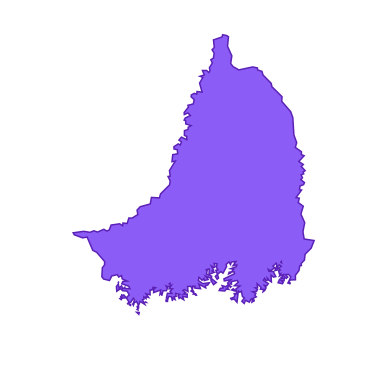 the district of Maracaju, Mato Grosso do Sul, Brazil, rotated 243°
{"feature_id": "56859067B1064226501781", "entity_name": "Maracaju", "entity_type": "district", "adm_level": 2, "iso_a3": "BRA", "parent_name": "Brazil", "parent_adm1": "Mato Grosso do Sul", "projection": "orthographic", "projection_center": [-55.512, -21.462], "detail": "fine", "context": "isolated", "style": "filled", "palette": "violet", "viewbox_px": 384, "rotation_deg": 243, "n_neighbors": 0, "source": "geoboundaries", "source_scale": "gbopen_adm2", "svg_char_len": 5957}
<svg xmlns="http://www.w3.org/2000/svg" viewBox="0 0 384 384"><g transform="rotate(243 192 192)"><path d="M154.6,73.7L150.6,78.3L153.6,82.4L152.3,87.9L149.5,88.1L149.6,91.2L146.2,90.4L142.1,93.8L143.7,89.7L142.1,87.8L136.8,92.8L134.0,92.8L136.4,88.5L137.6,88.9L137.2,86.4L140.4,86.6L139.6,83.4L143.5,84.6L142.1,81.7L137.7,79.9L138.3,84.4L135.5,85.4L133.2,89.1L128.9,89.4L127.6,85.4L122.6,85.9L121.5,83.3L121.5,87.2L123.9,91.5L122.0,91.8L119.4,89.1L119.7,92.9L115.1,92.8L118.0,96.1L113.3,98.9L118.5,98.9L118.3,100.5L120.4,101.5L117.9,102.7L119.5,103.5L117.7,105.5L122.2,104.8L119.4,108.0L123.7,110.1L122.8,111.9L124.8,114.1L123.2,116.1L122.8,113.9L119.8,112.1L118.9,119.6L115.1,116.8L115.6,119.0L113.3,118.0L117.2,121.4L115.7,124.4L118.3,127.3L118.2,131.2L116.1,127.6L114.6,130.6L113.5,127.3L110.8,128.1L112.9,124.1L109.2,121.0L106.7,121.1L109.5,123.6L108.0,126.2L103.9,125.1L105.8,126.9L103.9,128.1L106.8,128.5L106.2,130.5L109.0,131.4L106.4,134.5L105.9,132.4L103.1,132.2L103.6,133.4L99.8,135.7L103.3,136.3L100.4,139.9L103.2,141.4L104.9,138.1L105.2,140.6L108.4,139.3L108.6,140.9L105.1,143.2L109.8,145.2L108.6,148.1L104.9,148.1L107.7,150.0L106.4,151.0L107.4,152.2L105.0,151.0L102.0,155.7L106.9,156.2L100.3,160.7L102.7,161.6L101.9,163.7L103.3,166.3L105.5,159.9L110.2,157.5L112.8,159.5L108.8,160.9L109.5,163.4L107.5,162.7L106.7,166.7L110.9,165.9L106.2,170.0L108.0,171.3L112.4,167.7L115.7,170.3L116.6,168.7L115.6,172.4L110.9,169.8L110.3,175.6L112.6,174.0L112.6,175.8L117.2,175.7L114.7,177.4L115.1,178.8L118.3,179.2L116.7,181.7L113.5,179.5L110.9,179.8L111.4,177.7L107.1,177.3L108.0,181.5L105.6,182.8L109.9,189.0L112.0,189.6L112.9,193.2L109.9,193.4L111.7,195.3L110.2,199.5L107.7,195.1L106.8,198.8L105.3,197.5L106.1,191.6L104.2,194.0L102.9,190.8L101.6,193.4L99.9,192.8L100.1,181.0L98.1,180.4L96.2,186.6L94.7,182.4L92.9,182.3L92.3,179.1L94.9,176.3L92.3,176.2L93.3,173.4L91.9,171.5L88.9,176.3L89.9,178.5L88.6,180.5L90.3,180.0L93.1,184.8L92.1,185.4L94.3,186.4L92.7,192.1L90.7,192.4L89.3,187.2L86.5,192.0L85.7,187.1L81.0,185.5L82.7,182.9L81.1,183.9L79.2,181.8L79.7,178.2L78.2,178.3L77.4,181.0L73.3,182.0L82.8,188.4L81.0,189.1L81.2,191.0L76.1,189.5L73.8,190.5L72.0,186.8L69.0,187.9L71.2,190.5L67.8,193.1L69.7,195.8L69.4,201.7L71.3,201.1L72.7,202.9L75.5,200.7L74.2,204.4L75.4,206.1L77.9,204.8L76.9,207.0L80.7,208.4L75.7,210.2L74.3,208.8L72.7,211.7L70.9,210.1L71.2,212.1L73.0,214.5L76.1,214.0L74.5,215.9L75.7,218.4L80.9,215.5L82.1,217.5L79.5,217.8L79.6,219.9L75.8,221.9L82.0,224.7L79.1,226.0L78.6,228.3L84.3,228.3L86.4,224.5L88.4,224.8L86.2,226.2L86.9,231.2L89.2,230.5L90.4,234.7L88.1,234.4L84.3,230.1L83.7,233.1L86.2,233.5L87.4,236.8L85.3,237.8L84.9,234.4L82.4,235.2L82.2,233.3L79.3,232.7L79.0,234.0L77.4,231.8L77.0,236.0L76.0,235.6L75.2,232.6L73.8,233.7L74.5,230.5L72.1,227.5L69.2,230.9L70.0,232.2L72.3,231.4L71.1,233.7L74.3,235.8L72.2,236.8L72.7,238.7L76.0,237.8L74.8,240.6L71.5,241.5L68.1,237.2L68.9,239.9L66.8,244.3L70.9,246.4L73.4,251.6L77.4,254.6L76.8,256.1L78.7,256.8L80.3,261.3L85.2,264.5L87.8,272.6L93.3,278.8L99.2,270.6L106.2,272.8L113.5,278.5L122.9,279.0L128.8,284.7L134.4,281.9L137.8,284.8L139.8,282.2L144.0,290.5L145.2,288.8L148.3,291.0L147.9,294.7L149.3,296.5L153.7,294.6L154.5,296.9L157.8,297.0L157.5,299.8L159.4,300.1L159.6,302.5L165.1,301.0L166.0,303.7L170.7,301.0L173.4,308.4L175.7,306.4L178.2,307.8L184.8,304.3L188.5,307.7L196.6,308.7L212.5,315.6L218.9,316.4L232.0,313.1L236.1,315.5L249.5,311.0L252.9,311.9L264.0,308.4L267.7,309.1L271.0,305.9L272.9,306.6L275.9,302.8L279.5,289.2L285.1,285.5L288.9,284.8L295.2,289.3L305.7,289.8L313.8,295.0L315.9,293.7L318.2,290.7L316.5,289.1L317.8,280.2L310.6,277.4L309.7,274.5L305.7,274.8L301.6,271.9L301.3,268.8L297.7,268.7L294.8,263.9L291.9,263.1L290.8,261.3L293.6,260.2L295.5,256.5L290.7,256.1L291.5,251.6L289.2,253.7L285.6,248.2L276.4,246.3L279.3,242.1L277.1,240.6L278.9,238.7L278.8,235.5L277.2,234.4L273.3,235.9L269.9,233.1L271.1,227.7L269.3,227.4L266.4,221.1L264.5,220.3L264.3,224.2L260.9,225.3L261.0,219.6L259.6,217.6L258.2,218.7L255.5,217.3L251.6,221.3L251.4,218.0L249.5,216.8L250.1,213.1L245.9,210.9L243.9,212.5L241.0,211.1L245.7,207.5L244.2,203.9L241.4,205.3L239.2,202.9L241.1,201.6L240.6,196.5L238.5,195.5L236.3,198.1L232.6,196.6L234.0,191.8L228.1,187.9L227.1,191.2L221.3,181.6L216.0,179.8L216.7,177.7L211.8,177.6L208.5,175.2L204.6,163.1L201.5,160.3L205.6,153.4L200.3,149.4L202.4,139.2L200.8,134.8L196.5,133.5L196.0,126.7L197.5,123.9L193.4,120.0L195.7,116.4L193.5,114.9L196.5,113.1L199.3,104.9L195.8,101.0L195.8,98.4L198.8,96.5L199.2,89.7L202.0,86.9L202.4,82.8L206.1,77.7L209.6,67.6L207.3,67.7L200.8,73.7L199.4,78.1L185.1,77.1L181.5,79.7L169.7,82.6L166.7,80.9L165.2,77.7L157.4,73.2L154.6,73.7ZM89.1,239.2L89.5,240.1L88.3,239.7L89.1,239.2ZM119.3,126.9L118.8,126.3L120.0,126.3L119.3,126.9ZM120.5,131.0L119.7,130.4L120.5,130.0L120.5,131.0ZM79.6,219.9L80.9,220.1L80.1,220.4L79.6,219.9ZM127.6,85.4L131.8,84.4L130.6,84.1L132.2,82.7L130.4,81.9L131.8,80.9L129.9,81.2L129.8,79.3L128.2,80.0L129.1,81.6L127.6,85.4ZM106.2,170.0L104.9,168.8L99.7,169.1L100.3,172.6L106.2,170.0ZM107.1,177.3L106.3,174.5L102.8,174.8L103.3,176.6L107.1,177.3ZM69.2,198.3L68.8,196.9L66.6,195.4L66.8,198.1L69.2,198.3ZM104.9,148.1L104.3,146.1L101.3,147.9L102.2,148.3L104.9,148.1ZM84.0,186.1L87.1,184.8L86.7,182.9L84.5,185.0L84.0,186.1ZM115.1,92.8L114.9,91.1L112.5,90.7L112.9,91.8L115.1,92.8ZM68.1,237.2L67.4,236.1L65.8,237.6L66.3,238.2L68.1,237.2ZM108.6,90.3L109.9,88.1L107.2,89.1L108.6,90.3ZM102.9,190.8L103.7,188.7L102.4,187.4L102.3,189.8L102.9,190.8ZM105.3,121.0L107.2,119.6L106.3,119.3L105.3,121.0ZM119.5,86.2L120.5,84.6L118.8,85.7L119.5,86.2ZM100.0,147.9L98.2,148.5L98.1,149.2L99.7,149.0L100.0,147.9ZM118.7,89.4L119.1,88.4L117.7,88.4L118.7,89.4ZM101.3,147.9L100.5,146.8L100.0,147.9L101.3,147.9ZM91.0,183.3L89.7,182.9L89.9,183.9L91.0,183.3ZM145.0,85.3L144.3,85.0L145.4,86.1L145.0,85.3ZM112.5,90.7L112.2,89.7L111.4,90.3L112.5,90.7ZM115.2,99.8L114.4,101.1L115.1,100.8L115.2,99.8Z" fill="#8b5cf6" stroke="#5b21b6" stroke-width="1.5"/></g></svg>